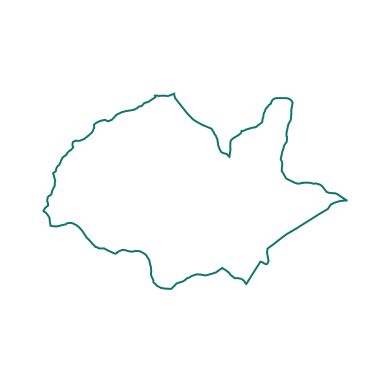 the district of Borsec, Harghita, Romania, rotated 76°
{"feature_id": "2599482B55641005837941", "entity_name": "Borsec", "entity_type": "district", "adm_level": 2, "iso_a3": "ROU", "parent_name": "Romania", "parent_adm1": "Harghita", "projection": "albers", "projection_center": [25.544, 46.966], "detail": "fine", "context": "isolated", "style": "outline", "palette": "teal", "viewbox_px": 384, "rotation_deg": 76, "n_neighbors": 0, "source": "geoboundaries", "source_scale": "gbopen_adm2", "svg_char_len": 6031}
<svg xmlns="http://www.w3.org/2000/svg" viewBox="0 0 384 384"><g transform="rotate(76 192 192)"><path d="M190.6,337.4L190.8,336.7L191.6,335.1L192.7,331.5L192.8,322.3L192.1,320.5L192.3,318.9L192.4,318.1L192.9,316.6L193.7,315.1L195.9,312.5L199.1,310.0L202.9,308.0L210.3,305.4L215.7,302.3L217.9,301.3L220.5,299.6L221.6,299.2L222.2,298.6L222.5,297.6L223.0,297.1L223.4,296.8L223.9,296.2L224.4,295.4L225.5,290.8L227.3,289.0L228.4,287.8L231.5,283.9L233.1,281.8L233.2,281.3L233.2,280.4L233.3,280.1L233.2,279.8L232.7,279.5L232.4,279.2L232.3,278.9L232.2,278.3L231.5,275.2L231.3,273.8L231.7,272.0L234.3,267.4L235.4,264.7L235.5,262.6L235.6,260.9L236.2,258.8L236.6,257.5L237.6,256.0L239.4,254.0L241.9,251.9L242.9,251.5L244.9,250.9L247.5,250.0L250.1,250.0L250.7,250.2L251.5,250.2L254.6,250.0L258.7,250.6L260.0,251.2L261.6,251.6L262.2,251.8L262.8,251.8L263.9,251.7L264.9,251.6L266.0,251.2L266.6,251.2L267.8,250.9L268.4,250.9L269.1,251.0L269.8,251.2L270.4,251.2L270.7,251.1L271.5,250.5L272.9,249.4L273.7,249.2L274.4,248.7L275.0,248.2L276.5,246.4L277.5,245.4L278.2,243.8L278.9,242.3L279.4,241.0L279.8,239.4L280.3,238.0L280.5,237.2L280.7,236.9L280.9,236.3L280.8,235.2L280.2,234.3L279.6,233.4L279.2,232.4L278.7,231.5L278.1,230.9L277.7,230.2L277.0,228.9L276.8,227.5L276.7,224.9L276.6,223.0L276.5,222.1L276.0,220.7L275.6,219.9L275.3,219.0L274.6,218.1L274.5,217.6L274.5,216.6L274.4,215.7L273.7,213.6L273.4,212.2L273.2,209.8L273.0,207.6L273.3,206.5L273.7,205.1L274.2,203.6L274.6,202.7L275.2,201.6L275.5,200.9L276.1,199.3L276.3,197.6L276.1,194.0L276.1,192.8L276.2,191.8L276.0,190.8L275.9,189.4L275.9,188.2L275.3,187.0L274.7,185.2L274.0,183.9L273.6,182.4L273.3,181.5L273.0,180.9L274.2,180.2L274.7,179.5L275.2,179.0L275.7,178.4L276.5,177.8L277.3,177.2L277.9,176.7L278.7,176.1L279.7,175.4L280.5,175.0L280.9,174.9L281.5,174.8L282.2,174.5L282.8,173.8L283.6,173.2L284.6,172.4L285.5,171.8L286.1,171.2L286.2,170.6L286.3,169.8L286.6,168.6L287.1,167.4L287.6,166.5L288.0,165.5L288.5,164.9L289.4,164.1L290.1,163.5L290.9,163.0L293.5,162.1L294.4,161.6L276.2,142.5L276.9,141.2L277.3,140.6L278.0,139.9L278.8,139.2L279.8,137.9L280.1,137.0L279.9,136.4L277.6,134.4L268.9,133.9L265.2,132.4L262.3,125.3L257.8,115.3L255.7,110.0L252.7,99.7L244.7,75.5L241.3,64.2L239.4,62.2L238.2,60.9L237.8,60.5L236.9,56.8L236.6,51.9L236.8,48.7L237.5,44.4L238.2,43.4L231.4,49.6L229.3,51.4L228.0,53.2L226.9,56.7L225.9,59.3L224.4,61.5L222.3,62.3L217.7,64.4L215.9,65.9L214.0,69.1L213.7,69.5L213.6,69.8L213.5,71.2L213.1,72.7L211.7,74.9L211.4,76.3L210.9,77.5L210.5,78.9L210.5,79.6L210.3,80.2L210.0,80.8L210.0,81.5L210.1,82.1L209.9,82.8L209.8,83.7L209.9,84.8L209.5,87.1L209.4,87.7L207.3,90.8L201.7,97.3L200.6,97.7L198.4,98.3L197.1,98.6L196.0,98.9L194.8,99.3L193.4,99.9L186.9,97.7L186.3,97.7L185.6,97.5L184.6,97.3L181.6,98.0L173.7,94.1L173.4,93.7L172.1,92.8L170.8,92.2L169.7,91.8L168.0,90.0L167.3,89.4L166.7,88.4L166.0,87.9L165.5,87.7L164.4,87.3L162.1,86.5L161.8,86.4L160.4,86.8L159.0,86.4L158.0,86.2L154.6,84.6L152.3,83.5L151.7,83.1L150.0,82.3L148.9,81.6L148.0,80.6L146.4,79.1L144.8,78.2L142.3,77.5L140.3,76.7L136.7,75.9L129.4,72.7L127.1,73.5L125.1,75.2L123.8,77.6L121.4,87.0L121.2,88.7L122.0,91.4L124.0,93.3L125.3,93.9L125.6,94.8L125.9,95.4L126.0,96.0L126.4,96.6L127.0,97.1L127.6,98.1L128.1,98.4L128.1,98.6L128.5,99.4L128.9,100.1L129.7,100.8L130.3,101.1L131.1,101.5L131.8,102.2L132.7,103.0L133.5,103.5L134.3,103.9L134.9,104.2L135.6,104.4L136.4,104.6L137.3,105.1L137.9,105.6L138.7,106.1L139.6,106.4L140.2,106.6L140.7,106.7L141.2,107.2L141.7,107.7L142.1,108.7L142.2,109.1L142.6,110.0L143.0,110.9L143.1,111.5L143.5,112.3L143.8,112.9L144.2,113.7L144.4,114.4L144.5,115.2L144.4,115.9L144.3,116.7L144.3,117.5L144.3,118.3L144.2,119.1L144.3,120.0L144.4,120.6L144.4,121.2L144.4,122.4L144.5,123.3L144.5,124.2L144.8,125.4L144.9,126.1L145.0,126.5L145.0,127.5L145.1,128.4L144.8,129.1L145.4,129.3L146.1,129.9L147.0,130.9L148.0,133.0L149.1,136.6L149.7,138.6L150.4,140.1L151.5,141.9L153.1,142.7L157.5,144.0L159.0,144.2L160.2,144.4L166.9,147.2L165.7,148.1L163.5,149.0L162.1,151.8L160.5,153.9L158.1,154.6L154.0,155.2L152.5,155.2L150.0,154.8L149.4,155.0L146.9,154.6L145.9,154.9L144.6,155.1L143.7,155.1L142.8,155.4L141.6,156.0L140.7,156.3L139.2,156.5L138.2,156.8L137.2,157.2L136.1,157.5L135.3,157.8L129.0,166.2L124.0,171.5L121.7,173.5L114.8,177.5L110.7,179.4L96.9,185.6L93.6,185.8L92.3,185.5L93.1,192.2L91.7,196.0L91.1,199.0L90.9,200.3L90.8,201.4L90.3,202.0L89.8,203.0L89.6,204.2L89.6,204.7L91.2,204.6L91.8,206.7L92.4,208.1L93.9,212.3L94.2,216.8L96.5,220.2L96.2,222.6L97.4,225.2L98.1,227.8L98.0,231.3L97.6,235.6L97.5,240.1L98.7,246.4L102.7,252.6L102.6,253.5L103.0,254.8L103.1,255.6L103.0,256.5L102.6,257.1L102.0,257.8L101.4,258.3L101.1,258.7L100.9,259.2L100.9,261.0L100.7,261.7L100.9,262.3L100.9,263.7L101.1,265.4L101.5,266.7L101.6,267.9L102.5,270.0L103.2,270.9L105.1,271.1L105.8,271.3L107.7,272.7L109.2,273.8L110.3,275.1L111.7,277.8L112.7,279.8L114.6,284.1L114.8,286.4L115.0,287.4L115.2,288.3L114.9,289.6L114.0,292.7L114.2,292.9L114.3,293.8L114.4,294.3L114.5,295.1L114.7,295.4L115.0,295.7L115.9,296.1L116.2,296.2L116.9,296.5L118.4,296.7L118.8,296.6L119.3,296.5L119.7,296.5L120.1,296.5L120.3,296.9L120.8,297.6L122.0,299.4L122.6,301.3L122.6,301.5L123.0,302.0L123.9,303.4L124.5,304.2L125.1,304.7L125.7,305.0L125.8,305.4L125.9,305.5L126.0,306.0L126.1,306.9L126.5,307.5L126.9,308.5L127.6,309.5L128.3,310.0L129.9,311.6L130.7,311.9L131.5,312.6L132.0,313.0L133.0,313.8L133.5,314.1L134.3,315.9L135.4,317.2L136.7,318.2L137.8,318.6L138.5,318.9L139.0,319.5L139.5,320.5L139.7,321.1L140.1,322.2L148.0,322.0L148.8,322.2L149.7,322.9L152.7,323.7L153.3,324.1L153.7,324.5L154.2,325.1L154.8,325.5L155.7,326.3L156.9,327.3L157.3,327.5L160.0,328.9L160.6,329.6L161.4,332.1L162.0,332.9L162.6,333.5L163.3,333.8L164.9,334.4L165.9,334.8L166.9,334.5L168.1,334.6L170.0,334.7L170.5,335.2L171.6,337.7L172.1,338.4L173.7,340.2L174.1,340.5L174.9,340.6L175.5,340.2L176.1,339.4L176.6,338.8L177.1,338.5L177.9,338.3L178.5,338.0L180.2,337.3L182.1,336.6L182.5,336.5L184.3,336.8L186.6,337.1L190.6,337.4Z" fill="none" stroke="#0f766e" stroke-width="2"/></g></svg>